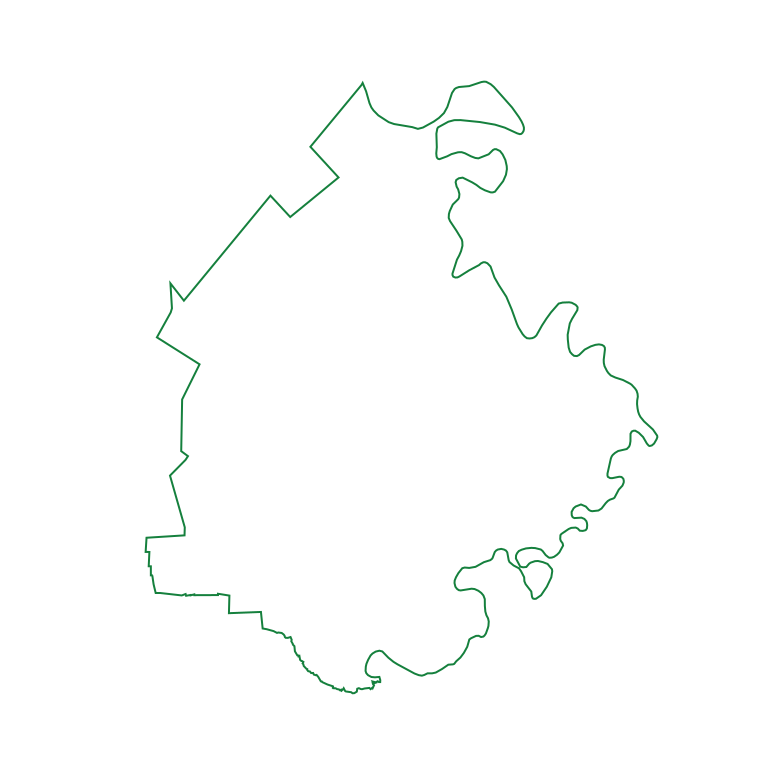 San Vicente Tancuayalab, San Luis Potosí, Mexico, rotated 351°
{"feature_id": "50627088B66323270500820", "entity_name": "San Vicente Tancuayalab", "entity_type": "district", "adm_level": 2, "iso_a3": "MEX", "parent_name": "Mexico", "parent_adm1": "San Luis Potosí", "projection": "albers", "projection_center": [-98.55, 21.813], "detail": "fine", "context": "isolated", "style": "outline", "palette": "green", "viewbox_px": 768, "rotation_deg": 351, "n_neighbors": 0, "source": "geoboundaries", "source_scale": "gbopen_adm2", "svg_char_len": 6163}
<svg xmlns="http://www.w3.org/2000/svg" viewBox="0 0 768 768"><g transform="rotate(351 384 384)"><path d="M333.6,672.6L329.2,672.3L325.7,671.4L322.7,669.1L321.3,666.9L320.9,664.6L321.8,660.4L322.9,657.6L325.2,653.9L328.3,650.0L330.5,648.4L333.9,647.0L337.7,646.7L340.5,647.9L345.5,655.0L349.9,659.9L353.5,663.0L368.8,674.7L372.8,677.0L375.8,678.0L378.2,677.7L381.7,676.6L386.3,677.3L390.0,677.1L396.7,674.6L403.6,671.3L408.3,671.7L409.6,671.4L411.9,669.2L416.7,666.1L420.8,662.1L425.1,656.6L428.3,649.7L430.3,648.7L435.5,647.2L438.1,647.5L440.3,649.1L442.7,649.0L444.0,648.1L445.6,646.4L448.4,641.3L449.3,639.3L450.3,635.0L450.1,631.7L449.0,628.5L448.5,624.6L448.9,619.0L449.9,612.2L449.1,608.4L447.4,605.6L444.9,603.0L441.4,600.7L438.5,599.9L427.4,599.9L425.6,599.3L424.0,597.7L422.8,595.4L422.5,591.6L423.1,589.1L424.9,586.1L427.9,582.4L432.5,578.2L435.0,577.9L439.4,579.0L445.8,578.9L454.8,575.6L461.5,574.6L463.4,573.5L464.1,572.7L467.1,567.3L468.7,566.0L470.5,565.3L474.0,565.2L476.7,566.3L478.4,567.6L479.4,569.5L479.6,577.6L480.1,579.5L483.6,583.5L488.4,587.1L488.8,587.7L490.1,590.4L492.2,596.8L491.8,600.8L492.6,604.0L497.0,612.0L496.9,617.3L497.4,619.0L498.6,619.7L500.5,619.9L506.1,617.2L513.1,609.7L519.0,601.1L520.9,595.2L520.9,593.2L517.4,587.3L513.1,584.8L508.4,582.9L505.4,582.6L500.9,583.4L499.2,584.2L496.0,587.0L492.7,586.8L490.0,585.7L487.0,577.0L487.6,574.0L488.9,572.0L491.0,570.1L494.0,569.2L498.5,568.6L503.9,568.9L507.6,569.7L513.0,572.0L514.5,573.7L516.9,578.2L519.4,581.0L520.3,581.5L522.6,581.7L524.9,581.3L528.2,579.7L530.8,577.8L535.6,571.6L535.5,569.3L534.1,566.6L533.8,564.7L534.6,560.9L535.8,559.8L543.7,556.1L546.4,555.4L550.9,555.8L552.8,557.1L554.4,559.5L557.3,560.2L559.8,560.0L560.6,559.7L561.8,558.4L562.6,555.3L562.7,553.0L562.4,551.1L560.8,548.6L558.1,546.9L551.0,546.2L549.8,545.3L549.3,544.6L548.9,542.9L549.3,539.7L551.8,536.4L554.1,535.0L559.7,533.8L564.2,536.6L566.6,540.3L568.0,541.5L569.7,542.2L576.0,542.5L579.4,541.0L584.3,536.4L586.7,534.6L589.0,533.6L592.8,532.9L593.9,532.3L599.4,525.0L603.6,521.7L605.3,518.9L605.7,517.3L605.6,515.2L604.6,513.6L603.8,512.9L601.8,512.4L594.7,512.7L592.6,512.3L590.6,510.7L590.4,509.4L590.7,507.5L596.4,493.1L597.6,491.1L598.9,489.8L601.4,488.2L604.8,486.8L613.6,486.2L616.3,484.2L617.4,482.3L618.5,479.0L619.7,471.7L621.3,469.7L623.1,469.2L624.8,469.4L628.0,472.0L631.6,476.9L634.3,483.9L635.8,486.3L636.7,486.8L638.9,486.6L641.4,485.1L644.6,481.2L645.7,479.2L645.7,477.7L642.5,471.0L635.0,461.6L632.1,456.6L631.2,453.9L630.7,451.1L630.6,447.7L630.8,443.4L631.5,439.8L632.7,436.3L632.9,433.3L632.4,430.1L631.2,427.6L628.4,423.4L626.9,422.0L620.6,417.4L613.5,413.8L609.3,411.0L607.3,408.2L606.2,405.9L604.6,400.9L604.4,397.6L604.8,394.4L607.6,384.5L607.8,382.6L607.1,380.9L605.4,379.5L602.5,378.5L598.9,378.4L594.1,379.2L587.6,381.4L581.2,385.9L578.9,386.6L576.1,385.9L574.4,384.0L572.8,381.4L572.1,376.9L572.5,368.9L573.1,364.1L577.0,353.2L579.9,349.1L586.5,341.3L587.2,338.7L587.0,337.8L585.7,335.8L582.1,333.1L579.7,332.3L573.2,331.5L569.1,331.9L560.1,339.4L554.7,344.8L549.3,350.8L542.1,359.9L539.9,361.3L537.6,361.9L534.9,361.8L532.3,361.1L530.3,359.0L528.7,356.4L525.7,349.2L524.7,345.6L521.8,330.4L518.5,317.0L513.0,304.5L509.8,296.1L507.6,284.6L505.0,280.9L502.9,279.6L501.0,279.3L498.5,280.1L496.5,281.4L486.0,285.0L475.3,289.6L473.3,290.2L471.1,290.0L469.2,288.8L468.7,287.1L468.9,285.7L475.5,272.6L478.4,268.8L480.9,264.8L483.1,259.8L483.6,255.8L483.4,253.4L479.6,244.1L474.7,233.4L473.9,230.1L474.7,226.3L476.0,223.5L480.0,217.5L486.3,213.0L487.3,211.6L488.2,208.2L487.7,203.4L486.6,200.4L486.3,195.9L487.3,193.8L490.1,192.5L494.0,192.5L502.6,198.6L506.4,201.8L509.8,205.4L514.0,208.5L519.3,211.4L521.4,211.8L523.7,211.4L533.4,202.3L537.2,196.4L539.0,191.0L539.3,187.9L538.9,181.7L537.1,175.8L535.0,172.0L531.5,169.6L529.9,169.4L528.3,169.9L523.3,173.5L512.5,175.9L509.5,175.0L505.5,172.7L500.1,168.8L497.0,167.2L493.5,166.7L486.6,167.5L482.0,169.0L474.0,170.6L472.8,170.2L471.9,169.1L471.5,167.7L471.7,164.4L473.2,158.4L474.9,144.9L476.6,140.1L477.5,139.0L488.6,135.0L494.6,134.4L500.8,135.3L519.8,140.3L534.2,145.2L543.4,149.7L554.8,157.3L557.3,158.5L558.8,158.4L560.0,157.6L561.3,156.1L562.0,154.5L562.3,152.5L561.9,149.6L560.9,146.1L559.0,141.4L553.7,130.8L539.0,107.8L536.3,104.6L532.2,101.5L530.1,101.0L527.5,101.0L514.7,103.1L504.5,102.4L501.7,102.9L499.9,103.7L496.7,107.2L489.9,120.3L485.6,125.8L479.9,129.8L474.2,132.6L462.6,136.8L457.4,137.3L452.1,134.7L434.6,128.8L429.6,126.1L420.4,117.8L416.5,112.3L414.8,108.9L413.6,104.3L412.1,92.1L410.0,83.3L408.5,85.2L348.4,138.2L371.4,172.9L317.5,204.4L301.3,180.2L199.4,270.4L188.8,251.2L186.4,276.1L184.5,280.0L167.0,302.4L204.9,335.7L182.2,367.7L173.2,418.6L179.1,424.6L176.1,427.9L158.3,441.0L164.8,494.4L163.3,502.3L125.4,498.7L122.3,512.6L126.0,513.2L123.1,527.2L125.2,527.6L123.8,536.5L125.6,536.7L125.2,536.8L125.1,545.8L125.8,554.7L130.2,555.4L151.2,561.2L155.2,560.4L155.4,562.2L159.9,562.1L159.9,562.5L163.7,562.1L163.6,562.9L187.0,566.5L187.2,565.2L198.2,568.8L195.0,586.1L226.8,589.9L225.9,606.5L229.7,607.8L236.3,610.8L239.4,613.1L240.7,612.9L244.0,613.9L245.7,615.7L246.4,617.0L246.5,618.4L247.2,619.3L249.3,619.7L252.1,619.3L252.8,622.2L252.2,623.6L253.3,626.5L253.2,627.1L254.5,628.9L254.2,634.1L255.9,638.4L256.8,638.7L256.9,639.6L257.9,639.3L258.0,643.3L259.1,644.7L259.7,644.8L260.9,645.9L259.9,647.3L260.5,648.1L260.6,649.9L262.7,653.0L263.6,653.6L263.4,654.3L264.2,655.8L265.9,656.4L266.8,658.1L268.8,658.3L269.2,660.0L271.2,661.0L271.9,660.8L273.2,662.9L275.1,667.8L276.1,668.1L276.4,668.8L281.2,672.0L286.3,674.6L286.4,675.4L285.9,676.1L286.2,676.5L288.7,677.0L289.9,678.0L291.7,678.6L292.5,679.5L292.9,679.3L293.9,680.4L294.6,679.9L294.7,679.2L295.7,679.3L296.6,678.2L297.6,681.2L298.2,681.7L303.4,683.3L304.5,684.5L306.3,684.7L309.0,683.6L309.9,680.8L311.6,680.5L313.4,681.7L314.6,682.0L317.2,681.7L322.0,681.9L323.0,683.3L325.3,682.0L325.4,682.4L327.0,680.0L326.2,678.7L326.0,676.6L326.4,676.4L326.3,676.1L327.9,676.8L327.6,677.2L328.0,677.9L329.8,677.6L329.8,677.1L331.3,676.6L332.3,677.6L333.6,677.8L334.0,675.9L333.6,672.6Z" fill="none" stroke="#15803d" stroke-width="2"/></g></svg>